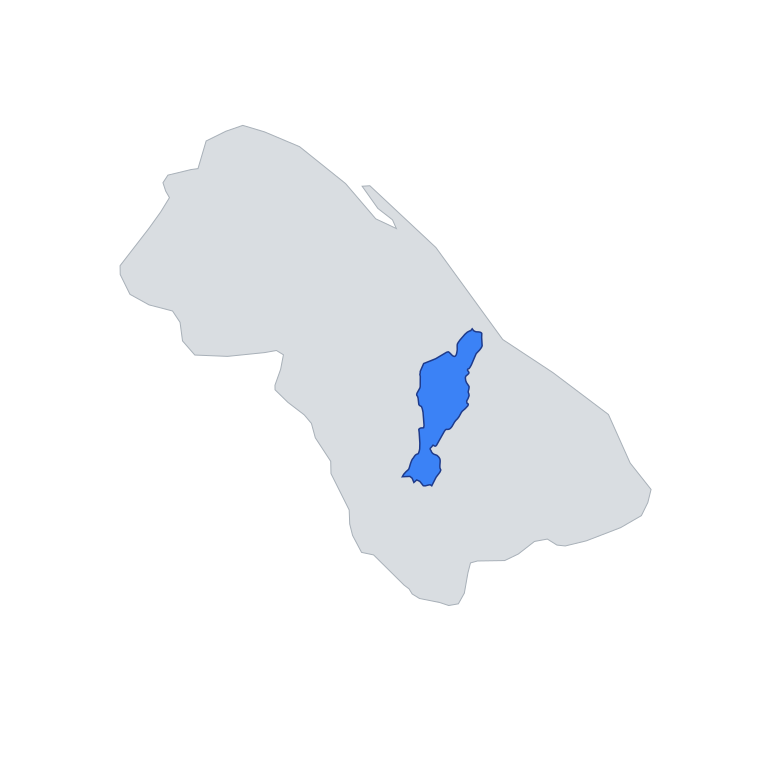 San Salvador highlighted on a map of El Salvador, rotated 205°
{"feature_id": "SLV-1349", "entity_name": "San Salvador", "entity_type": "Department", "adm_level": 1, "iso_a3": "SLV", "parent_name": "El Salvador", "parent_adm1": "", "projection": "natural_earth1", "projection_center": [-89.179, 13.778], "detail": "fine", "context": "in_parent", "style": "filled", "palette": "blue", "viewbox_px": 768, "rotation_deg": 205, "n_neighbors": 0, "source": "natural_earth", "source_scale": "10m", "svg_char_len": 3374}
<svg xmlns="http://www.w3.org/2000/svg" viewBox="0 0 768 768"><g transform="rotate(205 384 384)"><path d="M274.7,208.9L280.8,210.2L321.2,224.7L333.2,221.9L348.5,233.5L355.9,242.6L362.3,255.1L394.2,280.4L399.6,291.4L423.5,306.2L433.1,317.6L443.2,322.3L463.2,326.7L480.3,332.7L482.3,336.8L483.9,353.7L487.5,368.0L495.7,368.9L505.5,362.0L537.5,342.9L567.7,330.3L584.8,337.9L594.9,353.7L606.5,360.8L630.4,356.4L652.1,357.9L669.3,371.7L673.2,379.7L662.8,425.8L659.1,445.5L657.2,462.2L663.4,466.6L669.4,473.0L668.1,482.0L649.5,496.8L643.6,500.6L647.9,529.1L634.1,546.3L621.3,558.7L598.9,562.0L560.8,563.4L503.5,549.4L461.3,530.2L438.5,530.1L445.7,536.4L463.7,540.5L487.4,554.0L480.6,557.7L394.6,529.6L295.2,474.5L235.7,465.7L167.7,451.2L127.5,416.4L97.4,401.3L94.8,388.1L95.1,373.5L108.8,353.9L134.3,327.4L151.3,313.8L159.2,311.1L170.4,312.5L181.1,304.9L190.4,286.7L200.0,275.0L224.5,263.1L230.0,258.4L228.1,248.2L222.8,228.4L223.7,216.2L231.7,210.6L241.2,209.5L261.1,204.6L269.7,205.6L274.7,208.9Z" fill="#d9dde1" stroke="#a8b0b8" stroke-width="1"/><path d="M328.2,307.7L328.0,310.5L327.0,313.8L325.8,316.6L325.6,317.5L325.7,318.7L326.4,323.4L326.6,326.1L326.6,326.6L326.6,326.9L326.5,328.1L326.1,329.6L325.9,331.3L325.7,332.1L325.5,332.8L324.9,333.9L324.4,334.4L324.0,334.8L323.6,335.2L323.5,335.6L323.7,338.0L324.2,340.2L326.5,345.5L331.6,354.9L333.0,357.1L333.3,357.7L332.8,358.8L332.4,359.4L331.7,359.9L330.0,360.8L329.6,361.2L330.2,363.4L336.7,374.9L338.9,377.8L340.6,379.4L342.1,379.5L342.8,379.6L343.4,379.9L343.9,380.3L347.0,385.4L348.0,386.6L348.9,387.3L349.5,387.6L350.0,388.4L350.2,389.6L349.8,395.7L350.1,397.0L354.3,406.2L355.5,407.8L355.9,409.4L356.5,410.8L356.7,419.3L347.9,428.7L340.7,439.2L339.4,440.3L338.7,440.3L337.9,440.1L334.1,438.7L333.3,438.6L332.6,438.6L331.9,438.7L331.4,439.1L331.0,440.0L330.9,441.3L331.4,443.7L332.1,446.0L333.9,449.7L334.4,451.1L334.3,453.1L333.7,456.2L331.7,463.2L330.4,466.2L328.7,468.4L328.0,468.9L327.4,471.3L325.7,470.4L325.1,470.2L324.2,470.1L322.7,470.2L320.2,471.2L318.8,471.6L318.1,471.6L317.4,471.5L316.8,471.2L316.5,470.6L315.1,467.3L311.2,460.1L311.1,459.1L311.2,457.7L311.7,455.3L313.2,450.8L313.3,450.0L312.9,438.2L313.1,435.6L313.4,434.0L313.9,433.5L314.3,433.0L314.4,432.4L314.1,431.7L312.3,430.7L311.7,430.0L311.7,429.2L312.3,427.6L313.1,425.9L313.1,425.0L312.9,424.0L311.3,421.5L310.2,420.5L309.8,420.1L306.3,418.0L305.8,417.6L305.4,416.7L305.0,415.5L304.6,413.3L304.3,412.3L303.8,411.7L302.9,410.9L302.5,410.3L302.1,409.7L301.9,409.0L301.7,406.3L301.9,403.5L300.7,401.7L299.9,401.6L299.3,401.5L298.9,400.9L298.8,399.7L299.9,396.2L301.5,392.6L301.7,391.9L301.9,390.7L302.2,386.2L302.7,383.6L303.5,381.5L304.0,379.3L304.4,374.4L304.7,373.0L305.2,371.6L305.9,370.6L306.4,370.2L307.0,369.8L308.2,369.3L308.7,368.9L309.0,368.2L309.3,366.6L310.5,350.8L310.8,349.9L311.2,349.4L311.8,349.2L313.7,349.3L313.9,349.1L313.9,348.7L314.3,347.1L314.9,345.3L314.8,344.8L314.4,344.2L313.1,343.4L312.3,342.6L311.5,342.1L310.8,341.8L310.1,341.6L309.4,341.5L308.7,341.5L306.4,341.7L305.7,341.7L303.7,341.0L302.6,340.4L301.6,339.6L300.9,338.6L300.2,337.1L299.0,333.9L298.3,332.4L297.7,331.4L296.2,330.1L296.1,329.1L296.1,327.6L297.4,321.5L297.7,311.9L299.4,312.2L300.4,311.7L303.6,309.1L305.4,308.4L310.4,310.9L313.8,310.9L315.3,307.4L318.7,310.5L321.5,311.2L328.2,307.7Z" fill="#3b82f6" stroke="#1e3a8a" stroke-width="1.5"/></g></svg>